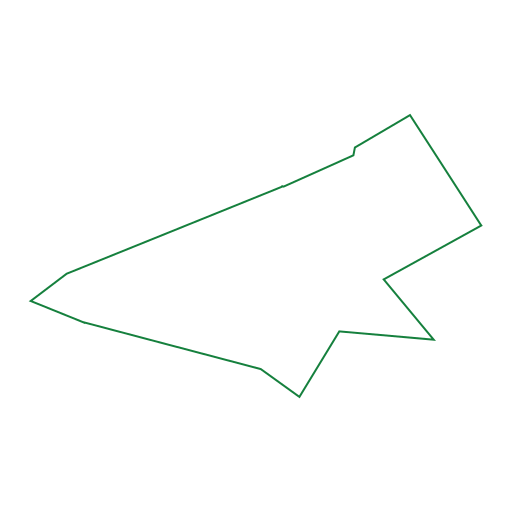 81, Ar Rayyān, Qatar
{"feature_id": "91078587B52698515683272", "entity_name": "81", "entity_type": "district", "adm_level": 2, "iso_a3": "QAT", "parent_name": "Qatar", "parent_adm1": "Ar Rayyān", "projection": "natural_earth1", "projection_center": [51.325, 25.138], "detail": "fine", "context": "isolated", "style": "outline", "palette": "green", "viewbox_px": 512, "rotation_deg": 0, "n_neighbors": 0, "source": "geoboundaries", "source_scale": "gbopen_adm2", "svg_char_len": 374}
<svg xmlns="http://www.w3.org/2000/svg" viewBox="0 0 512 512"><path d="M30.7,301.0L84.1,322.6L84.1,322.4L168.8,344.8L260.8,369.1L299.4,396.9L339.3,331.4L433.7,339.7L383.7,279.4L481.3,225.5L480.2,223.9L438.7,159.5L410.0,115.1L354.9,147.5L353.4,155.3L283.6,186.6L282.5,186.3L282.5,186.5L199.9,219.9L66.7,273.7L30.7,301.0Z" fill="none" stroke="#15803d" stroke-width="2"/></svg>